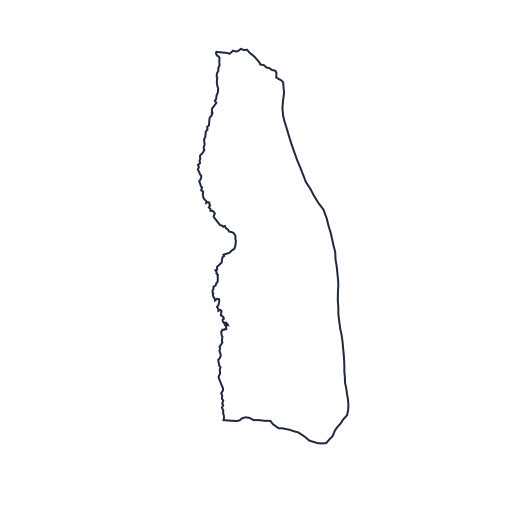 Riaba, Bioko Sur, Equatorial Guinea (orthographic projection), rotated 151°
{"feature_id": "11065452B69866248222639", "entity_name": "Riaba", "entity_type": "district", "adm_level": 2, "iso_a3": "GNQ", "parent_name": "Equatorial Guinea", "parent_adm1": "Bioko Sur", "projection": "orthographic", "projection_center": [8.763, 3.41], "detail": "fine", "context": "isolated", "style": "outline", "palette": "slate", "viewbox_px": 512, "rotation_deg": 151, "n_neighbors": 0, "source": "geoboundaries", "source_scale": "gbopen_adm2", "svg_char_len": 3512}
<svg xmlns="http://www.w3.org/2000/svg" viewBox="0 0 512 512"><g transform="rotate(151 256 256)"><path d="M253.5,72.6L250.0,76.8L247.5,80.7L245.2,85.7L243.6,90.4L241.0,97.2L239.7,101.7L236.9,107.2L234.7,112.2L231.3,118.4L227.7,125.8L224.7,132.7L221.9,139.0L219.4,145.6L217.6,151.5L215.2,157.7L212.3,164.9L208.6,171.8L206.0,177.5L201.8,184.8L198.4,190.1L195.9,195.1L193.4,200.9L190.4,207.9L188.3,214.0L184.8,221.1L183.2,227.4L181.4,233.3L179.4,240.2L178.0,247.0L175.9,254.7L174.5,264.1L175.7,271.7L176.1,281.1L175.9,288.1L176.5,296.8L175.7,302.2L174.5,310.9L173.5,320.2L171.9,329.7L170.6,337.4L168.9,345.5L167.3,352.6L165.9,359.7L164.3,365.4L161.2,372.6L156.8,379.1L152.4,385.0L148.0,395.0L148.7,397.3L150.3,399.8L151.8,402.3L149.4,406.1L149.2,408.6L152.0,411.1L153.2,413.8L155.6,415.9L156.4,418.8L159.5,421.6L159.1,423.2L160.7,431.0L163.0,436.7L163.9,440.8L166.8,442.0L168.7,444.5L172.0,444.0L174.1,444.4L176.6,446.7L180.9,445.7L183.1,447.8L191.7,453.7L192.5,453.1L193.0,451.3L192.7,449.6L191.8,448.4L191.9,447.1L194.6,442.4L195.1,440.9L198.2,438.2L198.9,436.5L201.8,434.5L203.3,432.2L203.5,430.7L206.0,427.1L207.5,423.1L207.7,421.2L209.9,417.7L212.6,415.6L214.9,412.5L216.7,411.8L216.4,409.2L223.0,406.2L224.2,404.3L224.7,402.4L225.2,402.7L226.3,400.6L229.6,399.3L233.9,393.0L236.1,392.6L237.2,390.0L239.5,389.3L242.7,384.6L244.9,383.2L246.7,378.8L247.3,377.9L248.7,376.8L249.7,375.2L249.8,373.7L253.4,371.7L255.9,371.2L256.9,370.0L257.5,368.1L259.0,366.9L260.1,364.2L262.7,363.8L262.8,361.5L264.8,360.0L265.3,354.5L265.1,352.5L266.0,351.0L267.8,349.6L269.4,349.0L270.4,343.2L269.9,342.2L272.1,340.0L271.2,338.5L271.1,337.7L272.6,336.0L273.9,331.8L272.8,327.5L273.8,326.6L272.1,326.4L270.9,325.4L271.8,323.6L271.6,322.5L273.7,321.4L273.1,319.2L273.9,317.5L272.3,316.8L271.6,315.3L271.3,313.4L274.1,310.8L272.5,300.6L270.7,298.7L270.5,297.4L268.7,297.3L268.8,294.7L267.7,292.6L267.6,290.3L265.8,288.8L264.5,287.1L264.2,284.4L264.4,283.1L265.6,281.4L266.3,278.9L269.5,274.5L271.8,272.6L273.4,272.8L277.6,271.7L283.8,272.9L284.0,271.4L285.9,271.1L288.0,268.7L289.0,267.0L295.5,265.3L296.6,262.9L298.4,263.2L298.2,260.8L299.1,260.0L299.0,259.3L298.4,257.9L299.5,256.9L299.9,255.5L302.1,252.0L303.8,251.5L305.6,249.8L308.1,249.7L309.1,247.9L310.8,246.8L311.7,245.1L311.5,243.9L312.6,243.0L313.1,240.6L312.8,238.6L313.4,236.9L310.8,237.4L309.2,236.1L309.7,234.9L312.4,231.5L313.9,230.8L314.8,230.5L314.6,228.0L315.5,226.3L313.3,226.1L312.8,224.6L315.5,221.1L314.7,219.9L314.7,219.5L314.2,218.5L314.5,216.7L315.8,216.7L316.7,215.3L316.8,214.4L316.3,213.8L316.6,213.0L316.0,212.3L314.6,212.3L313.9,209.9L314.0,209.0L315.9,210.4L316.6,210.5L316.4,208.7L317.5,206.4L318.9,207.2L320.0,206.9L321.1,207.9L322.4,206.9L323.2,206.6L324.6,203.0L324.5,201.7L327.1,198.2L327.3,196.6L332.0,194.2L332.1,192.7L334.1,190.5L334.7,186.6L336.3,184.8L337.7,184.0L339.4,183.5L341.3,177.8L341.0,175.8L342.8,174.2L344.4,170.5L347.1,168.7L347.8,167.1L349.0,156.2L350.0,154.5L353.0,152.8L353.1,150.6L355.0,147.7L354.7,145.5L357.1,143.3L357.1,141.4L359.3,139.9L359.6,136.6L361.0,134.4L361.6,131.7L362.4,130.0L364.0,128.2L356.9,123.5L352.8,121.0L350.0,120.2L349.5,120.3L347.0,120.8L343.4,120.0L340.2,117.6L337.8,113.8L332.8,110.9L328.2,107.6L323.3,104.8L322.8,100.8L321.0,97.0L319.7,94.3L316.7,92.7L310.5,87.4L308.1,84.6L304.6,81.3L301.9,76.2L300.4,72.9L298.9,68.8L295.8,65.5L292.9,62.5L289.6,60.3L285.4,58.3L280.5,60.1L276.6,61.2L271.7,65.0L268.7,66.6L263.2,68.5L259.2,70.7L253.5,72.6Z" fill="none" stroke="#1e293b" stroke-width="2"/></g></svg>